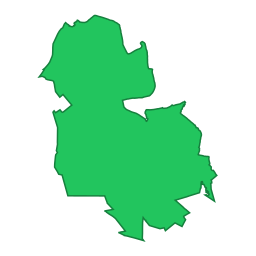 the district of Amatán, Chiapas, Mexico
{"feature_id": "50627088B28872872188545", "entity_name": "Amatán", "entity_type": "district", "adm_level": 2, "iso_a3": "MEX", "parent_name": "Mexico", "parent_adm1": "Chiapas", "projection": "orthographic", "projection_center": [-92.839, 17.389], "detail": "fine", "context": "isolated", "style": "filled", "palette": "green", "viewbox_px": 256, "rotation_deg": 0, "n_neighbors": 0, "source": "geoboundaries", "source_scale": "gbopen_adm2", "svg_char_len": 5754}
<svg xmlns="http://www.w3.org/2000/svg" viewBox="0 0 256 256"><path d="M67.9,195.8L104.7,195.9L107.2,202.7L107.2,203.1L113.2,209.4L104.4,211.0L105.8,211.3L106.5,212.2L107.7,213.0L109.2,214.1L111.2,215.3L112.8,216.3L115.5,218.5L125.4,231.1L125.0,231.3L123.3,231.5L122.1,231.9L121.2,231.9L119.6,232.4L118.4,232.5L119.4,232.9L124.3,235.3L124.3,235.5L127.5,236.1L129.6,236.7L134.3,237.9L143.7,240.6L142.3,238.7L142.5,233.3L142.5,231.5L142.5,227.7L142.6,222.2L143.2,217.6L145.9,221.2L146.0,221.0L146.2,221.5L149.4,225.5L160.0,228.7L164.1,227.8L165.4,230.7L175.0,222.9L182.0,226.5L184.1,222.4L185.6,219.7L184.0,217.5L183.7,216.3L187.4,214.0L189.6,212.8L187.3,210.8L185.7,209.4L184.5,208.6L183.4,207.4L175.2,200.2L183.6,197.7L185.2,197.2L186.4,196.9L189.2,195.9L199.5,192.7L200.4,188.4L200.7,188.4L201.0,187.6L201.1,182.9L201.3,182.6L201.4,181.7L202.3,181.6L202.6,182.2L202.0,182.8L201.8,183.9L201.8,184.4L203.7,184.2L204.0,184.6L204.0,184.9L204.3,185.4L204.8,186.4L205.1,187.3L205.3,187.5L206.1,187.6L206.4,188.3L205.8,189.0L206.0,190.0L205.9,190.5L206.7,190.9L207.1,190.6L208.5,192.0L208.4,192.3L207.6,192.1L206.4,191.4L206.2,191.4L205.9,192.0L207.8,193.3L209.2,194.1L209.0,194.8L208.7,195.0L207.6,195.7L206.6,195.0L206.3,194.8L205.1,195.0L214.5,201.2L211.1,189.1L210.9,184.7L210.7,183.4L211.8,182.9L211.6,181.0L211.1,180.0L212.3,179.2L215.2,176.8L216.8,175.4L215.8,174.3L215.5,173.7L214.6,172.1L214.1,171.5L213.4,170.4L212.8,170.5L212.1,170.4L211.6,170.0L211.1,169.1L211.1,168.7L211.2,168.0L211.2,166.9L210.5,166.2L209.9,165.5L209.2,165.1L209.1,164.6L209.8,163.9L209.7,163.0L209.2,161.2L208.8,158.9L208.9,158.1L209.0,157.3L208.8,156.6L207.0,156.4L206.6,156.5L205.9,156.3L204.5,156.3L202.8,155.7L201.2,155.4L200.6,155.3L199.8,155.2L199.3,155.0L198.6,154.9L198.2,154.6L198.8,152.5L199.4,150.9L199.5,150.2L199.4,149.4L199.5,148.8L199.5,148.3L199.1,147.7L198.8,147.5L199.3,146.2L199.6,144.9L199.8,143.2L200.1,142.2L200.2,140.3L200.6,138.9L200.7,137.8L200.9,137.0L201.4,135.3L201.4,134.3L201.2,133.3L200.8,132.3L200.3,131.3L199.9,130.7L199.3,130.4L198.6,129.8L198.4,129.5L198.4,129.0L198.0,128.2L197.6,127.9L196.7,127.8L196.1,127.6L195.8,126.5L195.3,125.8L194.9,125.0L194.4,125.0L193.4,123.9L191.2,122.1L190.5,121.6L189.5,120.5L188.8,120.1L188.3,119.7L186.6,118.1L184.0,116.1L182.6,115.2L181.9,114.5L181.1,114.0L180.4,113.2L180.4,112.8L180.6,112.3L181.1,111.8L181.0,110.9L181.2,110.1L181.5,109.6L182.3,108.9L182.2,108.4L182.4,107.9L182.6,107.2L183.3,106.0L183.8,106.4L184.4,105.6L183.9,104.8L185.0,104.3L184.9,102.9L185.4,102.4L185.1,102.1L184.8,101.6L184.6,101.5L184.4,101.9L183.8,102.1L183.2,102.0L182.4,102.7L181.5,103.0L180.2,103.9L175.9,104.8L173.7,105.6L172.6,105.4L172.1,105.0L170.6,106.3L169.9,106.7L166.7,108.1L164.3,108.3L163.1,108.3L162.5,107.7L161.8,108.0L160.8,108.2L158.1,108.8L157.3,108.8L156.6,109.0L153.8,109.5L150.8,109.8L149.4,109.9L149.0,109.7L148.0,109.8L147.3,109.7L146.7,109.7L146.2,109.9L145.8,110.6L145.7,111.1L145.4,111.4L145.2,112.0L145.1,113.2L145.4,113.8L146.1,114.6L146.1,115.8L146.6,116.8L146.7,117.5L146.5,118.1L147.8,118.8L147.6,119.6L146.9,121.0L146.4,121.3L146.1,121.0L145.6,120.0L145.1,119.1L144.7,118.7L143.5,118.0L142.3,117.1L139.9,115.6L139.6,115.3L138.5,114.6L137.9,114.3L136.7,113.6L136.3,113.4L135.5,113.1L133.5,112.5L131.3,111.8L128.9,110.6L128.3,110.4L126.6,109.6L125.5,108.7L124.7,107.8L124.2,107.5L123.7,106.0L123.4,104.5L123.0,102.6L122.5,100.3L127.4,99.0L127.9,99.0L128.6,98.9L129.1,98.8L129.7,98.6L130.5,98.5L132.8,98.1L134.5,98.2L136.7,98.0L137.7,97.9L138.7,97.7L142.2,97.7L144.1,97.0L149.4,95.8L150.5,94.9L150.7,94.6L151.7,93.6L152.5,92.7L153.4,91.2L153.7,90.5L154.1,89.7L154.5,88.7L155.0,86.9L155.1,86.0L155.0,84.6L154.8,82.9L154.3,81.6L153.9,79.7L153.7,78.1L153.3,76.6L152.8,74.5L152.6,74.0L152.4,73.5L152.2,71.5L152.2,71.1L152.5,69.4L151.9,69.0L148.8,68.7L148.4,68.1L147.9,66.0L147.5,62.5L147.5,59.7L147.4,58.0L147.5,56.6L147.4,55.4L147.2,54.2L147.2,52.4L146.8,50.5L146.4,49.8L146.0,48.6L145.8,47.0L145.3,45.1L145.1,44.0L144.9,43.6L144.3,42.8L142.9,41.9L142.2,41.6L141.0,42.4L140.5,43.1L140.5,43.4L140.8,44.0L141.2,44.5L141.9,45.6L141.9,46.0L141.8,46.4L141.5,47.1L140.7,48.1L140.3,48.4L139.2,48.9L138.1,49.2L137.5,49.4L135.2,50.5L130.6,53.3L129.7,53.6L129.2,53.8L128.5,53.9L128.1,53.9L127.3,53.3L126.8,52.5L124.2,47.4L122.9,44.6L122.8,43.9L122.8,42.7L122.5,40.0L122.3,38.9L122.2,38.4L122.0,37.2L121.7,36.1L121.3,34.0L120.9,32.6L120.8,31.0L120.5,29.6L120.2,28.9L120.1,27.8L119.6,26.6L119.7,26.0L119.6,25.5L119.3,24.8L118.3,24.1L117.2,23.2L114.5,21.8L113.7,21.1L112.0,20.5L109.7,20.1L108.6,19.5L103.3,17.7L101.7,17.2L98.6,16.4L96.2,15.6L94.9,15.4L94.1,15.7L93.2,16.4L92.2,17.3L91.3,17.9L90.3,18.9L89.1,19.7L87.4,21.4L86.5,21.9L85.4,22.3L84.5,22.5L81.9,22.4L80.3,22.1L79.7,22.0L79.3,21.4L78.8,21.1L78.3,20.6L77.5,20.2L77.3,20.2L77.1,20.7L76.7,21.3L76.4,21.5L76.0,21.6L75.9,21.8L75.8,22.3L75.7,22.4L74.9,22.4L74.6,22.5L74.3,22.9L74.1,23.3L74.2,23.6L74.7,24.2L74.9,24.6L74.9,25.0L74.6,25.5L74.2,25.8L74.0,25.5L73.8,25.5L73.4,26.2L73.1,26.3L72.9,26.5L72.3,26.7L71.2,26.6L69.3,26.1L69.5,25.6L68.8,25.3L68.6,25.0L68.4,24.7L67.5,24.3L65.6,22.6L65.2,23.1L64.9,23.5L64.7,23.6L64.4,24.0L62.7,27.9L61.3,28.7L59.3,31.2L57.7,34.0L53.1,43.9L52.8,47.6L52.8,49.7L52.6,54.5L52.2,56.2L49.8,62.0L48.4,64.1L46.8,66.0L44.9,68.1L43.2,69.5L44.1,69.9L42.7,72.1L41.1,74.4L39.2,76.9L42.2,76.3L45.0,77.5L46.0,79.1L47.6,79.7L52.7,80.7L53.6,81.4L54.6,85.2L54.5,85.5L55.6,91.7L55.7,91.8L59.8,97.2L63.0,94.5L67.2,99.6L71.8,105.1L63.4,111.9L62.3,112.3L61.6,111.8L60.0,109.8L55.6,112.7L54.1,110.8L53.0,112.1L53.2,112.3L53.2,113.0L57.6,127.5L57.4,142.3L57.5,144.3L56.4,150.7L57.4,152.5L55.8,154.7L55.5,156.1L54.7,164.0L54.6,167.1L57.5,171.8L58.7,174.2L62.1,175.0L67.8,195.5L67.9,195.8Z" fill="#22c55e" stroke="#15803d" stroke-width="1.5"/></svg>